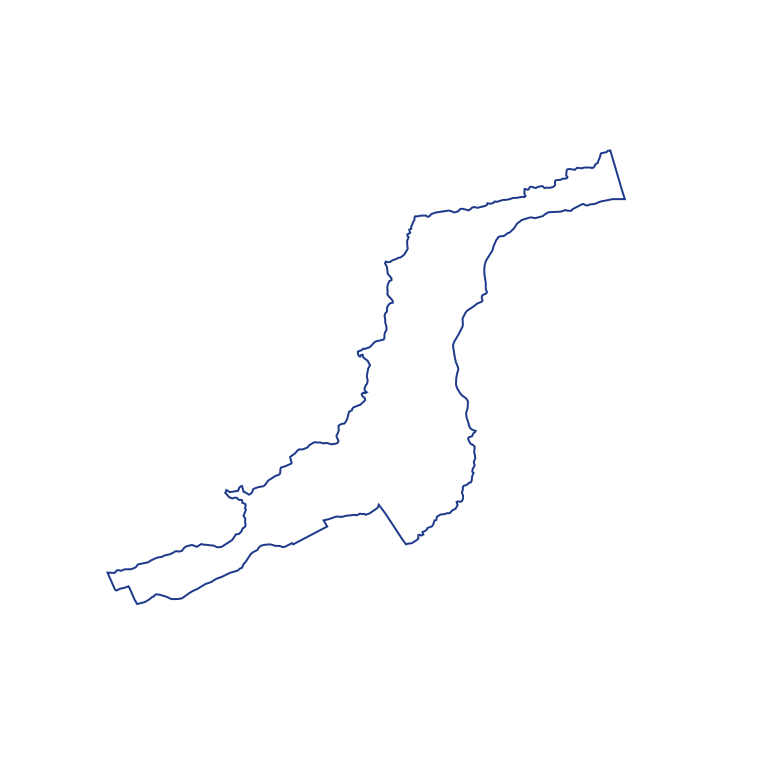 Thika Town, Central, Kenya, rotated 303°
{"feature_id": "3690345B96807773656326", "entity_name": "Thika Town", "entity_type": "district", "adm_level": 2, "iso_a3": "KEN", "parent_name": "Kenya", "parent_adm1": "Central", "projection": "mercator", "projection_center": [37.162, -1.055], "detail": "fine", "context": "isolated", "style": "outline", "palette": "blue", "viewbox_px": 768, "rotation_deg": 303, "n_neighbors": 0, "source": "geoboundaries", "source_scale": "gbopen_adm2", "svg_char_len": 6134}
<svg xmlns="http://www.w3.org/2000/svg" viewBox="0 0 768 768"><g transform="rotate(303 384 384)"><path d="M75.2,254.9L65.1,270.3L64.9,271.7L66.3,273.0L67.9,273.6L72.0,277.5L75.1,279.9L74.3,281.7L67.5,291.9L65.0,296.8L70.3,301.7L72.0,302.8L75.6,304.5L79.5,305.7L80.4,306.8L81.9,306.7L83.5,307.4L85.1,310.7L87.0,317.0L87.8,322.7L90.7,327.3L93.3,330.4L94.8,331.6L102.0,334.3L105.8,336.1L110.1,338.9L119.2,343.3L123.7,346.9L129.4,349.5L133.9,353.0L141.8,357.7L147.8,362.9L150.9,363.8L152.6,365.0L156.3,364.3L159.1,364.8L169.2,364.9L172.5,366.2L174.4,367.5L176.3,368.3L178.4,368.0L180.1,368.4L182.1,369.5L183.9,371.2L187.3,375.5L188.5,378.5L188.8,380.5L191.3,384.7L192.2,388.1L193.7,389.7L200.4,393.5L200.0,395.1L233.6,414.0L236.7,407.6L240.7,411.4L246.8,416.1L249.7,421.2L252.7,423.8L258.3,430.7L259.1,432.7L262.2,434.5L263.3,437.2L264.3,438.0L264.4,439.9L267.5,442.3L276.0,445.9L277.5,446.0L279.9,445.4L276.0,456.0L264.0,483.3L261.5,489.8L263.0,490.9L265.6,494.0L271.3,496.6L273.1,497.0L276.0,495.1L277.1,496.2L277.2,497.8L279.2,499.0L280.7,496.9L283.5,498.7L285.2,499.2L286.9,498.9L290.7,501.7L292.9,501.8L297.1,500.7L298.3,501.9L301.7,500.7L305.6,502.7L307.3,505.1L310.1,507.4L311.4,509.4L315.4,510.2L318.3,511.9L322.5,511.7L324.5,509.2L325.6,509.7L327.1,512.6L328.3,513.1L330.1,512.9L333.2,511.4L334.9,509.0L335.9,508.2L337.8,507.9L340.5,506.3L341.9,506.3L344.8,508.5L347.4,509.1L348.8,510.4L350.4,510.3L354.5,508.2L358.1,507.6L358.4,506.1L359.5,505.2L361.3,504.6L365.0,504.5L367.4,501.8L371.4,501.0L374.5,498.4L375.4,497.1L380.8,494.2L381.4,492.2L381.0,489.7L381.6,487.8L383.8,484.4L385.5,484.1L387.9,486.2L391.7,485.9L393.3,486.5L394.6,486.4L393.7,482.8L393.9,480.6L395.4,477.9L396.9,476.5L401.3,471.1L403.6,469.2L405.1,468.4L409.3,467.3L415.1,463.9L416.2,462.0L416.7,460.1L416.9,455.7L417.5,453.5L419.8,448.4L421.7,445.9L423.0,444.5L428.1,441.5L432.9,439.5L436.7,438.4L438.4,436.9L441.0,433.0L444.2,429.5L453.7,421.0L456.9,419.9L466.6,419.5L474.8,418.6L476.3,418.1L481.8,414.2L488.3,413.5L490.5,413.7L497.9,416.9L502.5,418.5L505.9,421.0L507.5,421.2L509.9,418.7L511.5,418.2L512.8,418.6L515.5,420.4L517.2,420.3L519.0,417.7L524.3,414.2L530.8,408.4L534.7,405.7L538.1,403.9L542.7,402.4L554.4,402.2L555.9,402.0L558.9,400.9L565.6,399.8L569.8,400.0L571.3,401.1L573.1,403.6L574.8,404.5L578.0,405.6L579.4,406.9L585.5,408.3L590.8,408.2L596.7,410.3L602.8,415.4L603.9,416.7L605.4,420.4L609.5,424.2L611.4,425.8L614.5,426.7L617.9,428.7L624.9,438.5L628.8,441.5L629.2,443.6L631.2,446.6L633.5,447.0L643.1,452.5L643.7,454.2L643.8,456.2L644.9,457.8L646.4,458.6L649.9,462.7L654.9,466.2L663.5,475.0L670.2,485.3L675.5,478.8L703.1,446.6L701.3,444.6L699.6,444.3L695.8,440.5L694.4,440.6L691.6,441.6L687.6,442.2L686.1,442.9L683.1,441.6L681.6,442.0L679.8,441.9L678.4,440.9L677.8,438.9L674.4,433.8L672.8,432.7L670.5,428.2L667.6,427.4L665.3,422.4L663.8,420.8L662.4,421.0L658.2,423.1L657.4,425.3L655.9,425.2L653.3,421.9L651.7,421.1L648.4,417.1L647.1,417.0L644.3,418.9L643.0,419.1L641.4,418.5L638.7,416.1L637.3,413.4L635.9,412.3L635.8,411.1L636.3,409.8L635.8,408.5L633.9,406.4L630.9,404.4L629.8,400.2L628.5,399.0L626.7,399.3L625.4,398.9L624.1,395.7L620.7,397.6L619.3,399.0L618.8,400.3L617.3,400.0L616.4,398.2L612.1,393.5L610.2,390.8L607.8,389.0L605.3,386.5L603.1,383.5L598.2,379.4L597.4,377.5L595.0,376.9L592.8,374.6L592.0,372.4L589.9,372.7L588.5,371.9L582.7,366.5L581.4,363.0L579.8,361.8L577.6,361.3L575.7,360.4L573.8,354.6L572.9,353.2L571.8,352.5L569.3,352.2L566.5,349.9L565.9,348.7L565.5,345.7L564.6,343.7L555.8,333.8L552.2,331.1L549.6,330.8L547.9,329.5L548.1,327.5L545.4,323.4L542.7,320.6L541.7,318.9L540.0,319.0L538.2,320.2L536.3,320.2L530.5,321.2L529.2,322.3L527.2,321.1L525.0,323.6L522.1,322.1L520.9,323.2L520.5,324.7L516.8,325.4L514.1,327.1L510.2,330.3L503.9,330.5L502.3,330.2L499.1,328.9L497.2,326.9L495.6,326.3L492.3,323.7L489.7,322.6L488.0,320.5L487.6,318.8L485.8,319.1L483.7,322.8L478.4,327.2L476.8,332.6L475.3,333.7L472.9,332.4L468.3,333.4L465.4,335.1L463.2,337.0L461.4,337.7L460.5,338.9L459.0,344.7L458.3,346.1L457.0,347.1L455.6,345.6L454.2,344.9L451.4,344.6L449.5,345.1L446.3,347.0L443.6,346.6L441.7,347.2L438.2,350.4L436.7,351.1L433.2,355.0L430.8,356.6L427.7,356.8L425.6,357.5L422.9,359.2L421.0,359.5L415.2,353.9L413.9,353.3L407.2,352.0L406.0,351.3L404.8,350.0L403.0,349.0L402.2,347.2L399.8,346.7L398.7,345.6L397.0,344.5L395.1,345.8L393.9,347.4L393.9,349.0L396.0,349.1L396.9,350.2L395.5,351.4L394.9,352.6L394.6,357.5L392.1,362.1L388.5,362.3L382.1,364.9L380.7,365.7L378.4,368.1L376.8,369.0L375.0,369.6L373.2,369.4L370.2,369.9L368.4,370.9L367.6,372.5L367.7,374.0L366.1,373.3L365.2,371.2L363.3,370.8L362.3,372.1L361.7,375.7L360.4,376.9L358.3,376.7L356.4,376.0L354.0,375.6L347.9,371.2L346.4,370.9L344.5,371.4L341.6,369.8L334.5,372.2L330.5,372.5L329.0,372.1L328.3,371.1L325.8,369.1L324.0,368.7L320.6,371.2L317.8,372.1L315.2,372.2L313.9,372.9L311.6,376.8L309.5,377.2L307.6,376.0L304.7,372.6L303.6,368.5L300.9,365.0L300.4,362.6L298.5,359.9L298.0,358.4L296.7,357.0L291.7,354.6L288.9,354.3L284.8,351.4L283.0,348.5L281.7,347.8L277.1,347.1L271.8,345.0L270.7,345.9L267.6,349.5L266.3,349.3L261.3,346.0L257.8,343.1L256.6,343.3L252.3,345.6L250.7,345.3L247.7,343.0L240.0,339.5L234.4,339.2L232.7,338.6L228.5,334.3L225.7,332.2L224.3,331.5L221.7,332.3L220.3,332.3L218.7,331.7L217.6,330.9L217.6,326.8L217.1,325.0L221.1,320.5L220.0,319.5L218.3,319.1L214.9,319.8L209.4,313.6L209.2,309.6L206.2,310.2L205.9,312.1L204.9,315.0L204.8,316.5L205.4,319.1L207.4,320.7L208.4,322.7L207.8,324.3L208.1,326.0L209.3,327.9L208.7,328.9L207.2,329.8L207.8,333.2L206.7,334.3L204.4,334.9L203.3,336.7L196.9,338.0L195.7,340.9L192.8,342.5L190.8,344.4L189.2,345.1L187.9,345.1L186.0,344.1L182.3,344.7L179.3,344.0L177.1,341.7L171.2,341.7L169.6,341.3L159.0,336.5L157.0,334.2L156.1,332.6L155.8,329.4L151.1,320.2L150.3,318.0L145.5,315.6L144.5,310.7L142.6,308.8L139.5,306.2L138.0,305.7L134.0,305.4L132.1,303.7L130.7,301.0L129.6,299.8L127.9,299.3L124.4,297.0L121.2,293.8L119.9,292.8L118.1,292.0L115.8,289.3L114.1,287.8L109.0,284.6L105.9,283.2L98.7,275.9L94.9,275.6L91.0,272.9L87.3,267.4L84.1,265.2L83.5,263.2L82.3,261.5L78.8,260.9L75.2,254.9Z" fill="none" stroke="#1e3a8a" stroke-width="2"/></g></svg>